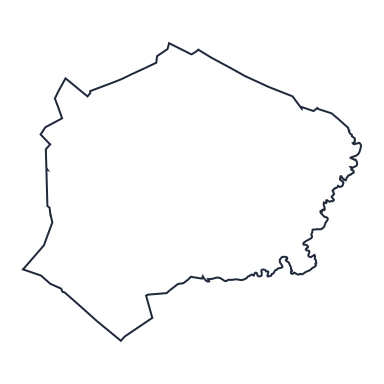 Priekule, Priekules, Latvia (orthographic projection)
{"feature_id": "27541924B71923790852793", "entity_name": "Priekule", "entity_type": "district", "adm_level": 2, "iso_a3": "LVA", "parent_name": "Latvia", "parent_adm1": "Priekules", "projection": "orthographic", "projection_center": [21.612, 56.446], "detail": "fine", "context": "isolated", "style": "outline", "palette": "slate", "viewbox_px": 384, "rotation_deg": 0, "n_neighbors": 0, "source": "geoboundaries", "source_scale": "gbopen_adm2", "svg_char_len": 5967}
<svg xmlns="http://www.w3.org/2000/svg" viewBox="0 0 384 384"><path d="M64.6,292.4L73.6,300.3L78.8,304.9L97.5,321.6L104.1,327.0L120.9,340.8L123.0,338.4L124.3,337.0L124.6,336.6L131.5,331.9L150.5,319.1L152.3,317.9L146.1,295.7L147.4,294.8L148.7,294.6L150.8,294.4L159.5,293.7L166.6,293.1L169.7,290.4L177.9,284.0L178.4,283.9L179.8,283.7L183.4,283.2L188.2,279.5L190.8,276.8L196.5,277.7L201.3,278.5L201.9,278.6L202.8,276.3L203.7,278.0L205.6,280.3L207.2,281.4L208.4,281.6L209.2,281.3L208.0,279.1L209.4,279.1L212.5,278.8L216.0,277.7L217.8,277.5L220.3,278.1L222.9,279.8L224.6,280.9L225.9,281.2L226.8,280.8L227.6,280.1L228.8,279.8L229.2,279.8L230.4,279.9L232.4,279.8L235.1,279.4L236.7,279.4L238.3,279.5L240.3,280.1L242.5,279.9L244.5,279.3L246.4,278.3L248.0,276.5L249.6,275.8L251.5,274.6L252.4,274.6L253.3,275.4L253.7,275.6L253.9,275.4L254.2,274.6L254.7,273.4L255.2,272.8L255.5,272.7L255.9,272.7L256.6,273.0L257.0,273.5L257.2,274.0L257.3,274.8L257.5,275.4L257.9,275.9L258.7,276.4L259.2,276.4L260.9,276.1L261.4,275.6L261.7,275.1L261.6,274.4L261.7,273.8L261.9,273.0L261.7,272.5L261.4,271.6L261.3,270.9L261.5,270.2L261.9,269.9L262.5,269.6L263.7,269.5L264.7,269.8L265.4,270.2L265.8,270.8L266.0,271.4L267.0,271.3L267.6,271.4L268.3,271.8L268.3,272.2L268.1,273.4L267.5,274.6L267.5,275.0L267.6,276.2L267.9,276.5L268.7,276.3L271.0,275.7L271.4,275.2L271.8,274.0L273.1,273.5L273.9,272.8L274.6,271.1L275.6,270.1L276.1,269.9L276.6,269.9L277.1,269.3L277.7,268.6L280.3,268.0L281.2,267.8L282.4,267.1L282.4,266.8L282.4,266.5L281.9,265.6L281.7,264.9L279.9,262.3L279.8,261.0L279.8,260.0L280.1,259.3L280.7,258.5L282.1,257.0L282.8,256.8L284.8,256.8L286.7,257.2L287.1,257.7L287.2,258.1L287.3,258.7L287.1,259.1L286.7,259.2L286.2,259.3L285.8,259.9L285.8,260.3L286.2,260.8L287.4,261.7L288.4,262.2L289.0,263.0L289.6,264.4L289.9,265.2L290.8,267.0L291.1,267.7L291.1,268.4L291.0,268.8L290.9,269.2L291.1,269.6L291.8,270.1L292.0,270.5L292.1,270.9L291.8,271.4L291.2,271.5L290.9,271.7L290.9,272.1L290.9,272.9L291.4,273.5L291.9,273.8L292.5,273.9L293.0,273.7L293.6,273.1L294.2,272.7L294.5,272.6L295.0,273.0L295.5,273.5L296.4,273.7L297.3,274.4L298.9,274.6L300.1,273.8L302.1,274.4L306.3,271.7L309.8,270.3L313.0,267.5L314.3,267.2L316.0,265.2L315.3,263.9L316.3,263.1L316.3,262.8L315.8,260.0L314.8,258.9L315.0,256.7L314.8,255.3L314.4,254.9L310.9,257.1L309.6,256.9L308.7,256.3L308.3,255.1L308.9,253.5L309.4,252.2L309.1,250.9L307.9,250.5L306.4,250.3L305.8,249.3L306.5,248.2L307.7,247.6L308.1,246.7L307.0,245.3L305.7,244.8L304.5,244.7L303.6,244.6L303.3,243.7L303.9,242.5L306.0,241.1L311.1,238.3L312.0,237.1L312.0,236.1L311.3,234.8L311.5,233.7L312.2,232.7L312.3,231.3L312.6,229.8L313.4,229.5L314.5,229.6L316.3,229.4L317.0,229.1L317.9,229.3L318.9,229.3L320.1,229.2L321.3,229.2L322.9,227.9L324.2,226.7L325.5,222.9L327.5,220.0L327.8,218.5L326.6,217.3L324.7,217.0L320.9,213.1L320.4,212.1L320.6,211.1L321.8,211.8L322.2,210.9L322.1,210.1L322.7,209.6L323.2,209.5L324.1,210.1L324.7,209.6L324.6,207.3L324.2,206.5L323.7,205.0L323.6,204.7L323.9,202.5L324.2,202.6L325.1,203.1L325.9,203.1L326.3,202.9L326.5,202.6L326.4,202.1L326.2,201.3L326.2,200.8L326.3,200.4L326.5,200.2L326.9,200.2L327.4,200.4L328.1,201.1L328.6,201.3L329.0,201.5L329.7,201.7L330.0,201.6L330.8,201.1L331.5,201.1L332.6,201.3L333.3,200.6L333.8,200.1L333.8,199.5L333.0,198.8L331.7,196.8L332.2,195.9L332.7,195.7L334.1,194.0L333.9,193.6L333.6,193.3L333.4,192.8L333.5,192.4L333.3,192.1L333.3,191.7L333.0,191.3L332.6,190.9L332.6,190.5L333.0,190.2L333.3,189.7L333.7,189.5L333.8,189.2L334.1,189.0L334.5,188.9L334.7,188.6L335.1,188.4L335.3,188.0L336.6,187.7L337.2,187.4L338.1,185.8L339.3,186.7L339.8,186.9L340.6,186.8L342.1,186.1L342.3,185.8L342.6,185.6L342.9,184.2L343.2,183.7L343.4,182.8L343.1,182.5L343.2,182.2L342.9,181.8L341.9,181.1L341.5,180.5L341.1,180.5L340.8,180.1L340.3,179.9L339.9,179.2L340.2,178.3L340.2,177.7L340.5,176.3L341.2,176.2L341.4,176.6L341.9,177.0L342.0,177.4L342.6,178.4L343.3,178.8L343.7,178.8L344.1,179.8L344.4,179.8L345.6,180.3L345.8,180.3L346.0,180.0L346.1,179.4L347.0,177.3L347.2,177.0L347.8,176.5L348.3,175.5L349.2,175.3L349.6,175.1L349.8,174.8L350.2,174.6L351.2,174.4L351.5,174.0L352.7,173.0L353.2,172.9L353.4,172.9L353.7,172.5L353.7,172.0L353.6,171.2L353.2,170.8L353.0,170.4L352.5,170.0L351.9,170.0L351.4,169.8L351.4,169.3L351.6,168.8L351.4,168.4L351.3,168.1L350.6,167.1L351.7,167.2L352.8,167.7L353.6,167.2L355.9,166.1L356.6,165.5L357.1,163.9L357.1,163.4L357.0,162.1L355.6,159.7L354.9,159.5L354.6,159.8L352.8,159.0L351.0,158.1L351.7,157.7L351.3,157.3L353.9,156.5L356.7,155.4L356.9,155.1L358.5,153.8L358.9,152.9L359.6,151.7L360.9,146.9L361.0,145.4L360.1,143.5L359.4,143.0L358.7,142.8L358.3,143.1L357.8,143.2L357.2,143.5L356.5,143.5L355.9,143.7L354.6,144.2L354.3,144.0L353.9,144.1L353.7,143.9L353.3,143.8L352.8,143.1L353.4,142.9L353.9,142.9L354.3,141.5L354.8,141.5L354.8,141.3L354.8,140.7L354.9,138.7L354.1,137.8L352.3,136.6L352.0,136.4L351.8,134.7L351.4,134.6L350.4,133.8L349.2,132.1L348.8,130.4L349.1,130.3L348.5,129.6L348.4,128.9L347.9,127.8L348.0,127.6L345.2,125.2L338.2,118.9L331.5,113.3L318.5,109.1L318.2,109.0L317.4,108.0L313.6,111.0L313.4,111.0L302.8,107.4L302.0,107.1L301.7,108.7L292.5,96.3L272.9,88.6L268.1,86.7L246.9,76.9L245.6,76.4L232.9,69.3L211.8,57.9L211.4,57.7L199.6,50.5L199.4,50.3L198.4,49.6L196.5,51.3L192.9,53.6L191.6,54.3L190.8,54.1L172.7,45.0L169.1,43.2L167.5,49.1L157.1,56.1L156.8,58.6L156.7,59.2L156.3,62.7L143.2,68.9L131.7,74.2L121.8,79.0L115.4,81.6L90.2,91.1L90.2,91.5L90.3,93.0L87.5,96.4L73.5,84.9L66.7,79.3L65.5,78.4L58.8,90.5L55.2,97.8L54.8,98.3L56.8,103.6L58.0,106.6L59.0,109.5L60.8,114.6L62.1,118.3L61.6,118.6L45.3,127.3L41.9,132.6L40.6,134.4L44.6,138.7L45.0,139.1L45.9,140.0L46.3,140.4L49.5,143.8L50.2,144.3L45.8,149.4L46.4,168.1L46.8,168.7L47.4,169.6L46.4,169.1L46.4,169.7L47.4,206.1L49.6,207.7L50.5,215.6L50.9,215.6L51.1,217.2L51.6,219.1L51.9,220.8L52.4,222.3L43.9,245.3L39.0,251.0L32.6,258.4L23.0,269.4L41.1,275.6L50.3,283.8L61.1,288.6L62.6,291.9L64.6,292.4Z" fill="none" stroke="#1e293b" stroke-width="2"/></svg>